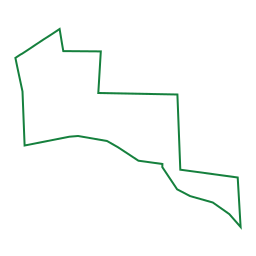 Islaz, Teleorman, Romania (Robinson projection)
{"feature_id": "2599482B71059292210776", "entity_name": "Islaz", "entity_type": "district", "adm_level": 2, "iso_a3": "ROU", "parent_name": "Romania", "parent_adm1": "Teleorman", "projection": "robinson", "projection_center": [24.796, 43.749], "detail": "fine", "context": "isolated", "style": "outline", "palette": "green", "viewbox_px": 256, "rotation_deg": 0, "n_neighbors": 0, "source": "geoboundaries", "source_scale": "gbopen_adm2", "svg_char_len": 486}
<svg xmlns="http://www.w3.org/2000/svg" viewBox="0 0 256 256"><path d="M15.4,57.9L16.9,65.2L18.4,72.3L22.5,91.5L24.6,145.5L69.4,136.7L78.1,136.0L107.0,141.0L117.9,147.2L138.4,160.7L162.4,164.0L162.3,167.1L177.1,189.3L190.1,196.1L212.8,202.5L229.3,214.1L240.6,227.0L237.7,177.5L180.3,169.7L177.4,94.5L98.3,93.0L98.9,83.2L100.8,51.4L63.3,51.1L62.2,44.8L59.6,29.0L51.8,34.2L43.8,39.3L35.8,44.6L27.3,50.3L22.1,53.7L20.4,54.6L15.4,57.9Z" fill="none" stroke="#15803d" stroke-width="2"/></svg>